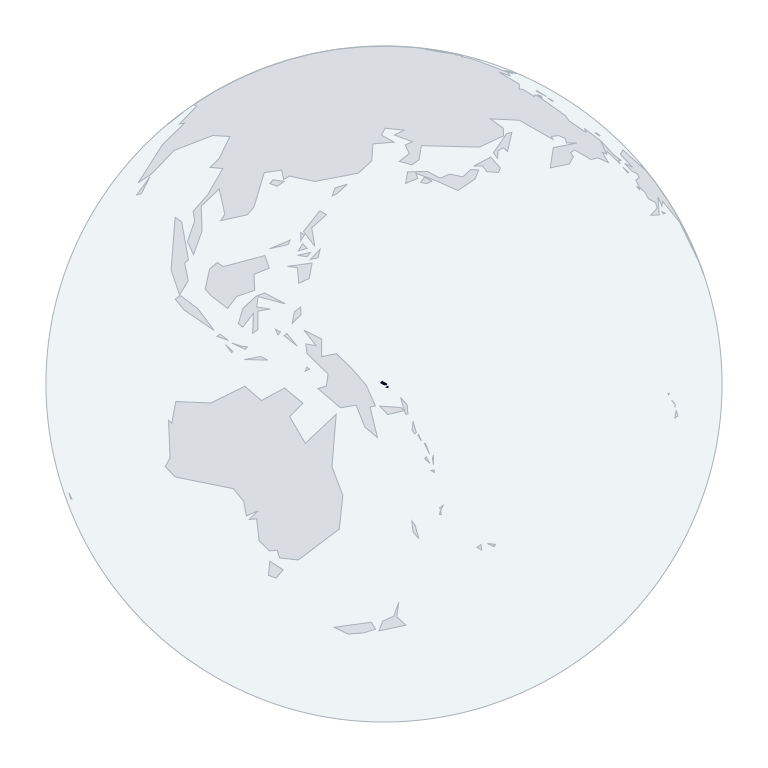 Manus on an orthographic globe, rotated 30°
{"feature_id": "PNG-1251", "entity_name": "Manus", "entity_type": "Province", "adm_level": 1, "iso_a3": "PNG", "parent_name": "Papua New Guinea", "parent_adm1": "", "projection": "orthographic", "projection_center": [147.059, -2.147], "detail": "fine", "context": "on_globe", "style": "filled", "palette": "ink", "viewbox_px": 768, "rotation_deg": 30, "n_neighbors": 0, "source": "natural_earth", "source_scale": "10m", "svg_char_len": 7254}
<svg xmlns="http://www.w3.org/2000/svg" viewBox="0 0 768 768"><g transform="rotate(30 384 384)"><circle cx="384" cy="384" r="338" fill="#eef3f6" stroke="#a8b0b8"/><path d="M560.6,467.2L560.6,469.7L560.1,470.0L560.6,467.2ZM599.3,123.5L599.1,123.4L596.8,121.6L559.1,96.0L534.0,86.5L535.9,91.0L527.8,85.0L537.9,100.0L530.5,104.5L532.8,95.1L528.5,91.1L520.5,91.4L514.3,87.6L506.8,85.9L500.1,81.6L502.0,77.7L497.7,75.2L492.3,75.7L482.2,72.6L490.7,72.0L473.9,66.9L473.9,61.8L502.3,67.9L497.0,65.5L519.0,74.2L540.3,84.4L560.9,96.1L580.6,109.1L599.3,123.5ZM652.9,268.0L650.1,260.6L654.5,264.9L652.9,268.0ZM646.5,256.4L647.9,258.8L646.4,256.8L646.5,256.4ZM644.2,255.1L645.9,256.0L644.2,255.8L644.2,255.1ZM641.3,254.5L642.8,254.5L642.7,254.8L641.3,254.5ZM636.0,251.1L634.6,250.1L635.7,249.4L636.0,251.1ZM606.4,129.6L606.2,129.4L596.8,121.7L599.6,123.8L600.5,124.5L606.4,129.6ZM580.1,110.0L579.7,109.3L589.1,116.1L586.4,114.4L580.1,110.0ZM538.6,95.7L542.1,95.6L540.8,97.2L538.6,95.7ZM507.0,86.4L508.0,87.9L503.7,86.5L507.0,86.4ZM489.5,79.0L482.4,76.8L490.0,78.3L489.5,79.0ZM478.4,75.2L461.0,71.0L461.7,73.5L450.0,65.0L468.6,70.7L477.9,71.8L475.1,72.9L478.4,75.2ZM446.2,61.5L442.3,60.3L446.8,60.9L446.2,61.5ZM265.8,67.4L260.4,69.8L263.5,68.6L267.2,67.0L275.7,64.0L287.9,60.2L284.7,61.4L279.8,62.9L264.8,68.7L252.4,73.5L262.4,70.0L280.7,62.8L288.9,60.2L281.0,63.1L284.5,61.8L287.6,61.0L287.7,61.7L296.7,58.6L335.2,52.1L339.1,54.0L327.7,56.4L351.2,56.7L353.8,61.1L357.1,59.3L370.6,59.8L369.9,58.3L372.6,57.6L406.9,60.9L412.5,63.5L431.0,65.1L432.8,64.6L429.7,62.5L450.0,65.0L461.7,73.5L457.2,74.3L467.6,80.0L455.9,81.4L451.0,86.1L432.1,85.9L429.9,90.4L434.3,92.3L434.5,100.8L419.9,113.7L412.5,94.7L430.6,78.8L421.6,83.9L417.9,80.6L411.1,81.5L405.2,85.9L408.1,87.7L369.3,87.9L343.7,101.2L359.4,102.8L363.5,109.3L348.1,131.2L297.2,158.9L302.2,172.1L298.7,180.1L286.0,183.5L290.7,171.8L282.9,166.4L287.5,159.9L268.7,163.1L274.4,154.1L257.0,162.0L257.4,169.8L271.9,169.5L254.3,181.6L261.8,196.8L256.4,214.2L222.8,243.2L197.9,251.3L195.0,257.1L188.4,249.9L174.6,260.9L182.9,295.9L180.9,305.9L160.9,324.2L161.3,316.6L143.7,297.3L136.8,321.4L149.9,342.4L154.3,367.1L142.6,358.9L138.5,337.4L132.4,329.9L136.7,308.8L136.7,277.9L125.1,283.4L128.5,271.2L126.8,246.7L111.5,254.4L85.4,286.7L77.6,318.5L70.5,332.8L72.5,287.5L80.8,257.9L76.9,260.9L82.8,237.2L79.6,237.2L91.7,214.4L105.5,192.6L121.0,171.9L137.9,152.4L156.3,134.3L176.0,117.6L197.0,102.6L219.0,89.1L242.0,77.4L265.8,67.4ZM74.2,249.1L71.7,255.2L66.8,267.4L74.2,249.1ZM165.4,635.7L171.3,639.7L170.3,640.2L165.4,635.7ZM227.1,429.1L236.6,431.3L236.4,432.9L227.1,429.1ZM217.0,422.8L227.5,424.1L215.5,426.2L217.0,422.8ZM231.7,424.6L242.5,422.3L247.1,420.1L246.5,423.4L231.7,424.6ZM210.0,422.5L174.3,419.9L160.8,414.9L163.4,409.2L185.2,411.9L210.0,422.5ZM162.4,409.0L142.6,391.7L119.8,344.0L127.8,344.9L152.6,374.2L150.9,379.0L162.8,392.5L162.4,409.0ZM212.6,381.9L210.8,396.8L190.6,394.1L181.7,391.2L175.5,371.6L178.9,362.1L186.0,362.8L216.6,332.4L226.7,341.0L216.6,354.0L225.1,367.5L212.6,381.9ZM77.7,321.5L78.7,340.6L75.3,343.9L77.7,321.5ZM231.3,311.1L217.4,324.0L230.8,306.4L231.3,311.1ZM240.5,294.5L240.3,301.5L236.2,294.4L240.5,294.5ZM192.6,266.2L184.9,267.4L185.8,262.7L196.2,258.5L192.6,266.2ZM252.2,229.4L248.0,242.7L245.1,247.1L243.6,238.7L252.2,229.4ZM303.6,55.8L305.1,55.4L302.0,56.2L303.6,55.8ZM331.8,52.0L339.8,50.5L340.0,51.0L338.2,51.4L331.8,52.0ZM334.0,51.2L337.1,49.9L344.0,49.0L340.2,50.1L334.0,51.2ZM492.0,596.7L499.2,600.5L490.9,609.7L478.0,618.5L462.5,619.6L492.0,596.7ZM379.7,607.5L373.7,594.6L389.5,595.4L387.7,606.0L379.7,607.5ZM501.4,590.1L508.6,580.1L505.9,565.6L511.5,579.3L523.5,581.9L503.2,600.3L501.4,590.1ZM305.9,550.0L249.8,568.9L235.8,564.9L235.6,554.8L215.6,523.2L219.8,524.1L212.5,503.3L243.5,487.0L264.6,455.6L286.2,459.6L299.9,437.2L323.4,441.2L318.6,459.4L345.6,474.8L357.7,434.1L380.3,481.7L404.0,501.0L417.8,532.0L397.8,579.2L380.6,586.8L374.6,581.4L368.2,585.8L354.2,582.1L341.1,564.4L335.0,568.8L338.4,556.9L330.8,567.0L321.0,555.6L305.9,550.0ZM476.6,488.7L481.6,490.8L491.4,500.4L483.2,497.6L476.6,488.7ZM548.2,474.5L551.7,478.9L546.1,478.9L548.2,474.5ZM560.1,470.0L553.4,470.4L560.6,467.2L560.1,470.0ZM496.0,465.0L499.0,468.4L497.2,469.1L496.0,465.0ZM493.9,463.7L495.9,459.5L496.4,464.2L493.9,463.7ZM467.9,435.4L470.3,433.4L471.8,435.4L467.9,435.4ZM250.9,432.6L263.6,421.8L271.2,421.5L250.9,432.6ZM463.4,429.8L456.6,428.4L457.0,426.0L463.4,429.8ZM463.2,424.2L462.2,420.7L467.2,429.3L463.2,424.2ZM449.7,414.7L458.4,421.9L448.8,415.3L449.7,414.7ZM445.0,414.8L439.0,411.4L439.3,410.4L445.0,414.8ZM383.5,411.0L405.0,433.6L389.0,430.9L370.5,416.3L358.2,426.3L329.1,421.0L335.1,414.6L330.6,403.3L302.0,396.0L296.3,388.4L306.0,384.7L287.8,377.4L307.6,376.3L316.2,391.5L327.6,381.6L348.4,386.7L369.4,394.1L387.5,407.2L383.5,411.0ZM308.7,407.9L312.2,408.3L309.4,412.3L308.7,407.9ZM427.7,401.7L436.3,410.0L435.5,411.7L431.4,410.0L427.7,401.7ZM391.4,405.2L410.3,396.0L415.0,396.8L402.6,408.6L391.4,405.2ZM405.2,387.5L414.5,390.5L419.7,397.9L417.8,399.5L405.2,387.5ZM268.3,390.6L267.7,394.5L262.7,390.9L268.3,390.6ZM274.5,388.8L289.8,394.6L273.3,392.0L274.5,388.8ZM231.2,371.3L235.3,380.9L248.1,376.0L238.3,383.8L247.6,400.0L244.9,405.7L235.6,388.1L233.2,405.3L227.7,404.5L224.0,389.4L229.4,371.8L235.0,364.9L258.4,363.9L231.2,371.3ZM274.2,377.3L270.3,366.1L273.4,359.2L277.5,365.3L274.2,377.3ZM259.9,339.4L250.8,326.5L241.6,330.4L261.2,315.2L266.5,330.0L259.9,339.4ZM253.7,312.3L244.9,315.7L254.6,306.8L253.7,312.3ZM243.3,311.5L243.3,303.2L249.7,304.9L243.3,311.5ZM258.0,313.0L261.3,299.2L263.7,307.7L258.0,313.0ZM243.3,284.9L255.2,299.3L238.0,292.1L241.8,266.1L249.5,266.1L243.3,284.9ZM315.0,191.2L315.6,184.7L323.9,184.2L321.1,188.8L315.0,191.2ZM351.3,179.4L326.3,182.1L306.3,185.6L310.5,189.1L302.4,199.5L298.4,188.5L315.3,178.2L329.7,177.7L335.8,169.4L348.7,165.2L351.9,154.9L358.9,151.3L360.4,160.9L351.3,179.4ZM352.7,150.5L363.0,134.1L376.7,138.8L377.5,143.4L367.0,148.7L360.4,145.8L352.7,150.5ZM369.5,131.8L363.2,129.2L365.1,105.7L368.9,102.2L374.7,120.9L369.1,119.7L366.2,125.1L369.5,131.8ZM441.5,61.0L442.3,60.4L444.3,61.5L441.5,61.0ZM371.9,56.8L375.8,56.1L378.1,57.1L371.9,56.8ZM387.9,55.0L382.6,54.3L389.6,54.4L387.9,55.0ZM370.4,53.4L381.1,53.8L368.9,54.3L370.4,53.4Z" fill="#d9dde1" stroke="#a8b0b8" stroke-width="1"/><path d="M386.2,383.0L386.3,383.1L386.3,383.3L386.2,383.5L385.8,383.5L385.6,383.5L385.7,383.4L385.5,383.5L385.4,383.6L385.3,383.8L385.2,383.9L385.0,384.1L384.9,384.2L384.7,384.2L384.4,384.1L384.1,384.2L383.9,384.3L383.9,384.2L384.0,384.2L383.8,384.2L383.6,384.3L383.4,384.3L382.7,384.2L382.4,384.1L382.2,383.9L381.9,383.8L381.9,384.0L382.0,384.0L381.7,384.2L381.4,384.2L381.2,384.5L381.0,384.4L380.9,384.3L380.8,384.0L380.9,383.8L381.0,383.8L381.3,383.8L381.4,383.7L381.2,383.4L381.2,383.2L381.3,383.1L381.5,383.2L381.6,382.9L381.7,383.0L381.8,383.0L382.0,383.0L382.3,383.0L382.6,382.9L382.9,382.8L383.0,382.8L383.3,382.9L384.3,382.9L384.4,383.0L384.5,383.1L384.8,383.1L385.1,383.1L385.3,383.2L385.6,383.3L385.9,383.3L386.0,383.3L386.1,383.2L385.9,382.9L386.0,382.9L386.1,383.0L386.2,383.0ZM388.5,384.5L388.7,384.8L388.8,384.8L388.7,385.0L388.2,385.2L388.3,385.0L388.4,384.9L388.3,384.7L388.5,384.5Z" fill="#0f172a" stroke="#020617" stroke-width="1.5"/></g></svg>